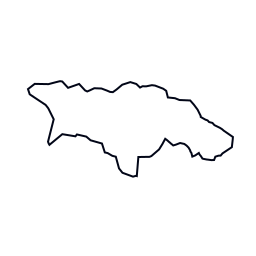 Ife North, Osun, Nigeria (orthographic projection), rotated 101°
{"feature_id": "59680162B27814311157346", "entity_name": "Ife North", "entity_type": "district", "adm_level": 2, "iso_a3": "NGA", "parent_name": "Nigeria", "parent_adm1": "Osun", "projection": "orthographic", "projection_center": [4.45, 7.387], "detail": "fine", "context": "isolated", "style": "outline", "palette": "ink", "viewbox_px": 256, "rotation_deg": 101, "n_neighbors": 0, "source": "geoboundaries", "source_scale": "gbopen_adm2", "svg_char_len": 1443}
<svg xmlns="http://www.w3.org/2000/svg" viewBox="0 0 256 256"><g transform="rotate(101 128 128)"><path d="M108.9,233.6L113.7,230.9L121.1,213.2L123.9,210.0L133.6,202.6L139.0,202.9L156.7,203.9L158.5,202.8L159.5,201.9L146.6,191.3L146.2,178.0L144.1,176.9L144.4,167.3L147.2,162.4L148.2,150.6L156.4,146.1L156.5,143.2L158.3,138.1L158.5,134.5L169.4,129.1L173.0,124.9L174.8,113.8L173.4,111.0L173.5,110.2L154.5,112.3L152.2,101.4L151.1,99.7L143.1,93.4L137.3,91.2L131.5,89.4L132.2,87.9L132.9,86.6L133.7,85.3L134.4,84.0L135.2,82.7L135.7,81.7L136.5,80.3L135.2,77.8L132.8,74.0L132.9,69.7L134.1,67.1L135.7,64.8L138.1,62.7L139.1,62.3L140.4,61.0L143.8,59.4L142.1,56.8L139.0,53.7L140.5,52.6L141.5,51.3L142.2,50.6L143.8,49.1L143.9,48.1L143.9,46.0L143.9,44.5L143.8,43.7L143.6,39.9L143.0,37.4L139.5,36.8L137.9,33.9L137.8,33.5L137.4,31.8L134.9,30.4L127.0,22.4L119.4,23.0L116.8,23.3L112.4,33.4L111.2,35.5L110.3,37.8L108.7,43.7L106.9,46.1L106.7,49.5L105.4,51.3L105.1,52.8L105.1,53.4L103.3,58.7L102.2,59.0L96.7,63.2L92.6,67.7L89.1,72.2L90.7,82.8L89.8,87.6L90.4,94.7L84.2,97.6L82.7,101.0L81.2,109.5L81.4,112.7L83.6,118.0L84.3,121.8L86.0,123.9L83.2,128.2L82.5,134.5L84.4,137.9L86.6,141.9L91.3,145.7L91.8,146.1L92.4,146.6L95.7,149.7L96.0,152.5L95.3,155.7L94.3,161.6L95.4,168.7L98.5,172.9L99.9,175.0L99.3,177.3L94.1,184.4L100.0,194.5L94.9,201.4L95.0,203.6L95.7,205.2L97.3,208.6L100.1,214.4L102.5,228.0L108.9,233.6Z" fill="none" stroke="#020617" stroke-width="2"/></g></svg>